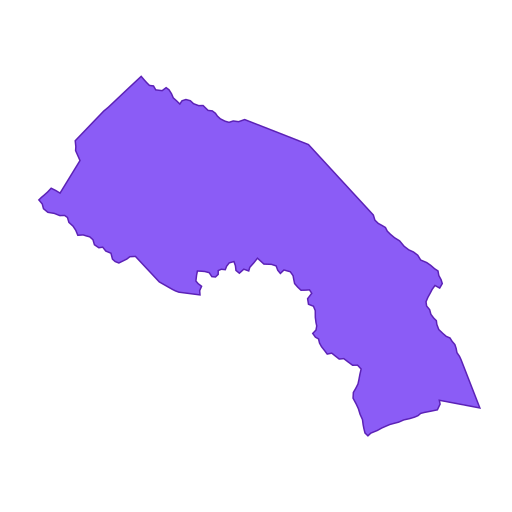 Riachão do Dantas, Sergipe, Brazil, rotated 176°
{"feature_id": "56859067B70270123986281", "entity_name": "Riachão do Dantas", "entity_type": "district", "adm_level": 2, "iso_a3": "BRA", "parent_name": "Brazil", "parent_adm1": "Sergipe", "projection": "mercator", "projection_center": [-37.805, -11.019], "detail": "fine", "context": "isolated", "style": "filled", "palette": "violet", "viewbox_px": 512, "rotation_deg": 176, "n_neighbors": 0, "source": "geoboundaries", "source_scale": "gbopen_adm2", "svg_char_len": 2759}
<svg xmlns="http://www.w3.org/2000/svg" viewBox="0 0 512 512"><g transform="rotate(176 256 256)"><path d="M460.6,314.1L454.3,312.6L448.9,310.0L444.1,309.8L441.4,307.6L440.3,302.6L436.4,298.5L434.0,294.2L432.3,289.1L427.0,289.1L423.7,287.8L420.5,286.7L417.5,283.6L416.4,278.5L412.2,275.2L408.3,275.5L405.5,271.4L400.5,268.9L399.4,262.9L396.9,260.3L393.3,258.6L388.4,260.6L385.0,262.0L381.9,264.1L376.3,264.0L354.3,236.9L349.5,233.7L342.0,228.7L338.8,226.8L335.5,225.3L314.6,221.1L314.6,225.4L312.4,229.6L315.7,232.5L317.7,235.3L316.6,241.1L315.5,245.1L312.0,244.7L308.1,244.1L303.8,242.6L301.5,238.5L297.9,237.9L295.0,240.3L294.7,244.1L291.5,245.2L287.6,244.5L286.0,247.9L283.2,251.0L278.4,252.0L277.2,247.7L277.0,243.0L273.8,240.0L269.1,243.7L264.3,241.6L263.0,245.1L258.6,249.4L254.7,253.7L251.8,250.7L248.7,247.4L241.2,246.6L236.6,244.7L235.3,240.3L232.9,236.9L229.1,240.1L222.9,237.9L220.4,233.8L220.0,230.2L219.4,225.8L216.6,222.1L213.5,218.7L209.0,218.5L205.0,218.5L203.0,214.9L207.5,209.8L207.0,204.2L202.2,201.9L200.7,197.4L201.1,190.6L200.8,185.5L200.3,182.0L201.3,178.0L204.8,174.8L202.4,170.9L199.4,168.9L198.7,164.7L197.0,161.0L194.6,157.5L191.8,153.2L187.2,153.8L184.3,151.1L180.2,147.4L175.6,147.5L171.4,143.8L167.3,140.3L162.3,140.0L159.0,135.9L160.6,130.7L161.9,125.7L163.2,121.2L165.8,116.9L168.4,113.1L169.1,107.4L166.3,101.2L164.5,96.5L163.2,90.8L161.2,85.4L160.9,80.3L160.4,76.2L159.6,71.8L156.9,68.8L153.8,71.3L150.5,72.4L147.1,73.5L142.4,75.7L138.5,77.1L134.2,78.6L129.6,79.5L125.3,80.3L120.0,82.2L113.9,83.1L109.1,84.2L105.6,85.4L102.7,87.5L98.9,88.2L92.4,89.0L85.8,89.9L82.7,95.4L83.2,99.3L43.3,88.8L58.7,138.3L60.0,141.7L62.3,145.6L62.8,149.9L63.8,153.8L66.4,157.3L68.2,160.7L71.9,162.6L75.1,165.8L78.8,169.9L80.4,175.2L80.6,178.9L83.0,181.6L85.6,185.6L86.5,190.3L89.3,194.2L89.6,198.5L87.4,202.8L84.8,206.8L82.6,210.4L79.5,214.1L75.0,211.2L72.1,215.5L73.0,219.4L75.0,223.8L75.5,228.4L78.8,230.9L82.4,234.5L86.1,237.5L92.0,240.5L94.6,245.5L98.6,249.0L103.2,251.5L107.6,255.4L111.7,261.1L116.6,264.6L120.5,268.4L123.3,271.6L124.9,275.4L128.2,277.7L131.8,280.0L134.9,283.5L136.1,288.7L168.1,328.7L176.0,338.6L195.9,363.5L257.8,392.9L264.0,391.2L269.3,392.3L273.6,391.2L277.6,392.7L282.1,395.4L284.8,398.3L286.5,401.2L289.5,403.8L293.7,404.6L298.3,409.8L302.7,410.0L307.7,412.3L310.7,415.5L315.0,417.0L319.0,416.0L321.4,412.9L324.2,416.1L327.5,419.5L329.0,423.8L331.2,427.9L333.9,430.2L338.1,427.5L344.4,428.7L346.4,432.8L350.4,433.6L353.0,436.6L355.5,439.8L358.0,443.2L370.6,433.0L392.9,414.7L397.8,411.2L428.3,383.6L428.1,377.6L428.6,373.7L424.9,363.5L447.1,332.4L451.2,335.3L455.6,337.9L459.5,334.3L463.1,331.5L465.9,329.5L468.7,327.1L465.6,322.8L464.7,318.0L460.6,314.1Z" fill="#8b5cf6" stroke="#5b21b6" stroke-width="1.5"/></g></svg>